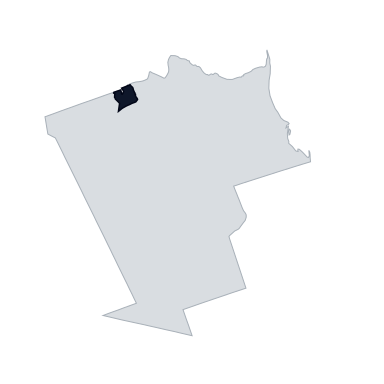 Koubenni, Hodh el Gharbi, Mauritania shown in context, rotated 161°
{"feature_id": "47542326B43555481021158", "entity_name": "Koubenni", "entity_type": "district", "adm_level": 2, "iso_a3": "MRT", "parent_name": "Mauritania", "parent_adm1": "Hodh el Gharbi", "projection": "albers", "projection_center": [-9.623, 15.9], "detail": "fine", "context": "in_parent", "style": "filled", "palette": "ink", "viewbox_px": 384, "rotation_deg": 161, "n_neighbors": 0, "source": "geoboundaries", "source_scale": "gbopen_adm2", "svg_char_len": 4270}
<svg xmlns="http://www.w3.org/2000/svg" viewBox="0 0 384 384"><g transform="rotate(161 192 192)"><path d="M163.9,326.5L163.5,326.3L161.3,324.7L160.2,322.8L158.5,321.4L156.0,320.4L154.4,319.3L153.7,318.1L152.8,317.3L151.9,316.8L151.8,316.4L152.0,315.8L151.8,314.7L150.4,312.2L149.1,311.1L148.0,311.2L147.3,310.9L147.0,310.4L146.8,309.6L146.0,308.9L144.7,308.5L143.6,306.7L142.9,303.3L141.9,300.7L140.6,298.8L139.7,298.1L139.0,298.0L138.8,297.7L138.6,297.1L137.6,296.9L136.1,297.4L134.9,297.2L134.2,296.3L133.4,296.2L132.2,296.9L131.0,296.7L129.7,295.5L129.0,294.3L128.9,293.1L126.6,290.7L122.2,287.1L117.3,285.3L112.0,285.4L109.1,285.1L108.4,284.6L107.8,284.6L107.1,285.2L106.4,285.4L105.7,285.0L105.2,285.2L105.0,286.1L103.1,286.5L99.6,286.5L96.7,286.9L94.5,288.0L91.4,288.3L87.4,288.1L85.0,287.6L84.2,286.9L83.1,286.7L81.6,287.0L80.2,288.7L78.9,291.8L77.9,293.6L77.1,294.0L76.2,296.3L75.6,300.3L74.9,302.0L75.2,292.2L76.5,288.6L76.9,285.4L79.6,278.3L82.7,272.6L85.6,265.0L86.9,257.6L86.7,250.3L86.2,243.7L84.9,239.4L83.8,233.1L82.0,229.8L78.6,226.8L77.9,225.1L78.7,224.5L80.8,224.2L82.3,222.0L79.4,222.8L82.9,216.0L84.1,211.4L84.0,208.3L84.7,206.5L82.3,202.3L80.5,197.1L79.5,196.3L78.5,195.8L78.4,197.0L77.8,198.1L76.6,197.4L74.5,193.6L71.7,187.4L70.7,186.7L69.8,187.5L69.2,188.3L68.0,193.3L67.7,191.3L68.2,188.9L69.1,186.1L70.1,182.0L72.7,182.1L77.4,182.3L86.7,182.6L91.4,182.7L100.8,183.0L105.5,183.1L114.8,183.3L119.5,183.4L128.9,183.6L133.6,183.7L142.9,183.9L147.6,183.9L150.7,184.0L150.6,181.1L150.5,178.8L150.3,175.7L150.2,172.7L150.0,169.6L149.9,166.7L149.8,163.9L149.7,161.2L149.5,158.7L149.3,157.3L148.4,154.5L148.2,153.1L148.5,151.7L149.1,150.3L151.0,147.8L153.8,146.0L157.0,143.8L159.4,142.1L160.6,141.7L164.4,141.2L167.4,139.9L170.3,138.7L171.5,138.0L171.7,135.7L172.3,83.5L186.4,83.7L190.1,83.7L216.2,83.8L219.9,83.8L238.8,83.7L238.8,81.3L238.8,77.8L238.8,73.0L238.7,68.1L238.7,59.7L238.7,56.1L242.4,58.4L249.9,63.1L253.6,65.5L261.2,70.1L268.7,74.8L276.2,79.4L280.0,81.8L283.8,84.1L287.6,86.4L291.4,88.7L299.0,93.3L302.2,95.3L307.1,98.4L311.7,101.3L316.3,104.2L309.3,104.4L299.9,104.5L293.5,104.7L286.9,104.8L280.8,104.9L281.4,109.8L282.0,115.1L282.7,120.5L283.3,125.9L284.0,131.2L286.0,147.3L286.6,152.7L287.3,158.1L287.9,163.5L288.6,168.9L289.9,179.6L290.6,185.0L291.3,190.4L292.0,195.8L292.6,201.2L293.3,206.6L294.7,217.4L295.4,222.8L296.0,228.2L296.7,233.6L297.4,239.1L298.1,244.5L298.8,249.9L299.5,255.3L300.9,266.1L301.5,271.5L302.2,276.9L302.9,282.4L303.6,287.6L306.2,290.3L309.4,293.7L308.6,298.7L307.6,304.5L306.5,311.0L297.8,311.1L289.2,311.3L267.7,311.6L263.5,311.6L242.0,311.8L237.7,311.8L229.4,311.8L227.0,311.7L226.1,311.2L225.8,307.9L225.0,308.1L224.2,309.1L223.7,310.1L223.9,311.5L223.7,312.7L221.0,313.1L217.3,313.9L213.3,314.5L209.4,314.3L208.0,314.0L206.6,313.6L203.4,313.1L201.7,313.0L199.8,313.1L197.4,313.4L196.7,314.0L194.9,316.4L193.2,319.3L192.1,319.3L190.9,317.7L187.5,314.7L183.4,310.8L181.5,308.8L180.5,308.6L178.5,309.9L176.9,311.3L175.1,313.1L174.2,314.9L173.6,317.1L173.3,319.6L172.6,322.5L171.1,324.9L169.4,326.6L168.1,327.5L167.6,327.9L163.9,326.5ZM81.0,217.7L79.6,219.8L79.1,219.0L78.9,217.6L80.1,215.6L80.7,214.6L81.7,214.3L81.0,217.7Z" fill="#d9dde1" stroke="#a8b0b8" stroke-width="1"/><path d="M235.3,292.2L234.4,292.5L233.3,292.9L231.2,293.7L230.0,294.0L226.2,294.7L224.3,294.9L222.6,295.0L219.7,295.4L217.7,295.4L215.8,295.5L213.4,297.1L213.3,297.6L213.4,298.2L213.5,298.8L213.9,299.8L214.0,300.2L214.0,300.8L214.1,301.3L214.0,301.8L213.9,302.0L214.0,302.1L213.9,302.3L214.0,302.3L214.0,302.6L213.9,302.8L213.9,303.0L214.0,303.0L214.1,303.4L213.8,303.9L213.7,304.0L213.8,304.1L214.0,304.6L214.1,304.9L214.0,305.8L214.2,307.3L214.2,307.6L214.1,307.9L214.1,308.1L214.1,308.5L214.1,308.8L214.0,309.1L214.0,309.3L214.0,309.7L214.0,309.8L214.2,310.3L214.2,310.5L214.6,311.1L214.9,311.4L215.4,313.2L215.7,313.7L216.5,313.2L217.2,313.2L217.6,313.7L217.9,313.7L218.7,313.4L219.1,313.4L219.4,313.4L219.8,313.3L224.7,313.1L223.8,309.4L225.4,307.7L225.9,307.2L226.0,307.3L226.6,307.6L226.2,311.7L233.4,311.7L233.9,311.0L232.9,309.9L233.5,308.9L234.0,307.7L234.4,306.7L234.1,306.0L234.2,305.0L234.2,304.9L233.7,303.9L232.3,301.0L231.6,299.4L232.6,297.5L235.3,292.2Z" fill="#0f172a" stroke="#020617" stroke-width="1.5"/></g></svg>